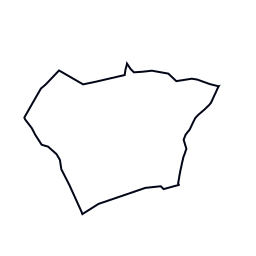 Kelemando, North Darfur, Sudan (Albers equal-area conic projection), rotated 256°
{"feature_id": "16777658B85451496706557", "entity_name": "Kelemando", "entity_type": "district", "adm_level": 2, "iso_a3": "SDN", "parent_name": "Sudan", "parent_adm1": "North Darfur", "projection": "albers", "projection_center": [25.825, 13.072], "detail": "fine", "context": "isolated", "style": "outline", "palette": "ink", "viewbox_px": 256, "rotation_deg": 256, "n_neighbors": 0, "source": "geoboundaries", "source_scale": "gbopen_adm2", "svg_char_len": 2354}
<svg xmlns="http://www.w3.org/2000/svg" viewBox="0 0 256 256"><g transform="rotate(256 128 128)"><path d="M55.5,62.9L61.5,81.0L65.7,130.3L64.0,142.6L63.7,144.7L63.5,145.7L60.1,147.8L60.3,155.3L60.4,160.0L60.4,160.6L60.4,161.5L60.4,162.9L60.4,163.4L60.4,163.5L60.6,163.6L61.4,163.4L61.5,163.4L61.8,163.3L62.0,163.2L62.2,163.3L62.3,163.3L62.5,163.4L62.7,163.5L62.8,163.5L63.0,163.6L63.3,163.8L63.6,163.9L63.8,164.0L64.0,164.0L64.3,164.2L64.5,164.3L64.8,164.4L64.9,164.5L65.0,164.5L65.3,164.6L65.7,164.8L66.1,165.0L66.3,165.1L66.7,165.3L67.1,165.4L67.4,165.6L67.5,165.6L67.9,165.8L68.5,166.0L68.9,166.2L69.4,166.4L69.9,166.7L70.3,166.8L71.3,167.3L71.6,167.5L71.9,167.6L72.6,167.9L72.9,168.0L73.0,168.1L73.5,168.3L73.8,168.4L73.9,168.5L74.2,168.6L74.3,168.6L74.6,168.8L74.8,168.9L75.0,169.0L75.5,169.3L75.8,169.4L77.1,170.1L77.4,170.2L77.9,170.5L79.7,171.3L80.4,171.7L82.5,172.7L82.6,172.8L82.9,173.0L83.4,173.2L83.9,173.5L85.8,174.4L86.0,174.5L87.8,175.7L88.7,176.4L89.8,177.1L90.9,177.8L91.0,177.8L93.2,179.3L93.7,179.6L95.0,179.6L95.9,179.5L96.2,179.5L97.8,179.4L98.3,179.4L98.6,179.4L99.8,179.3L100.7,179.3L100.9,179.3L101.1,179.3L101.6,179.2L101.9,179.2L102.2,179.2L102.3,179.2L102.5,179.2L102.8,179.2L103.2,179.2L107.6,182.3L108.5,183.5L109.4,184.6L109.5,184.7L110.6,186.2L111.7,187.6L115.0,190.3L118.3,193.0L121.5,195.8L123.9,199.6L127.3,206.4L127.4,206.6L130.8,212.5L132.4,214.6L132.5,214.6L132.6,214.8L133.0,215.1L133.3,215.3L133.5,215.4L133.5,215.5L133.8,215.7L133.9,215.8L134.0,215.9L134.2,216.1L134.4,216.2L134.7,216.5L134.9,216.6L135.0,216.7L135.5,217.1L136.0,217.5L136.3,217.8L136.8,218.1L137.4,218.6L138.4,219.4L138.5,219.5L139.1,220.0L139.3,220.1L140.2,220.9L141.2,221.7L141.3,221.8L142.7,222.9L142.8,223.0L143.0,223.1L143.4,223.4L143.7,223.6L144.1,224.0L144.8,224.5L145.3,225.0L145.5,225.1L145.7,225.3L145.9,225.4L146.0,225.5L146.3,225.7L146.3,225.8L146.5,225.9L146.6,226.0L146.6,225.9L150.7,218.2L158.3,206.8L160.4,201.8L161.2,192.7L161.8,186.2L171.0,180.3L177.8,165.1L179.1,155.6L180.6,147.2L184.6,144.8L190.7,142.6L189.8,142.2L185.3,139.7L180.2,137.6L180.7,107.7L181.2,95.0L200.5,75.0L190.1,58.6L187.4,53.1L176.6,42.7L163.3,30.0L161.3,30.2L156.3,32.4L151.2,34.6L143.7,36.4L132.6,40.2L129.3,45.9L120.0,52.3L113.6,54.2L108.1,53.7L104.2,53.3L86.5,57.4L58.1,62.6L56.4,62.8L55.5,62.9Z" fill="none" stroke="#020617" stroke-width="2"/></g></svg>